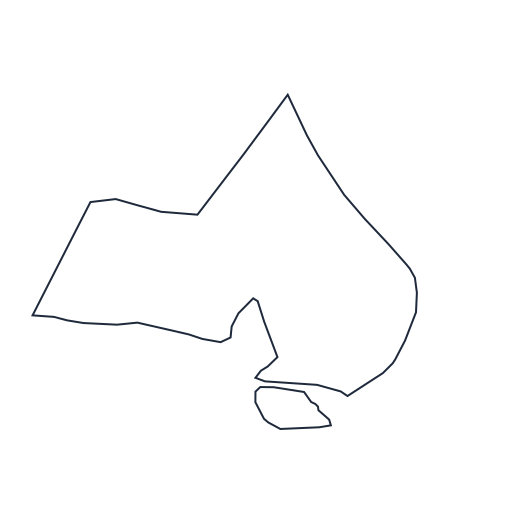 an SVG outline of Kuwait, rotated 118°
{"feature_id": "KWT", "entity_name": "Kuwait", "entity_type": "country or territory", "adm_level": 0, "iso_a3": "KWT", "parent_name": "Asia", "parent_adm1": "", "projection": "equal_earth", "projection_center": [47.815, 29.315], "detail": "fine", "context": "isolated", "style": "outline", "palette": "slate", "viewbox_px": 512, "rotation_deg": 118, "n_neighbors": 0, "source": "natural_earth", "source_scale": "50m", "svg_char_len": 964}
<svg xmlns="http://www.w3.org/2000/svg" viewBox="0 0 512 512"><g transform="rotate(118 256 256)"><path d="M413.3,425.4L384.7,425.9L348.5,426.5L319.2,427.0L286.1,427.5L271.6,406.6L266.7,383.8L261.5,360.5L247.0,327.1L198.6,319.1L172.8,314.8L130.5,308.4L98.7,303.7L125.5,267.8L138.0,248.6L160.6,206.9L172.2,177.3L183.4,144.4L193.0,118.9L195.0,114.2L200.6,105.5L212.9,96.7L230.6,88.3L260.7,84.7L281.8,84.5L286.5,84.9L299.8,89.0L336.7,109.5L335.8,117.6L341.1,141.6L352.9,167.9L362.5,189.3L363.8,199.3L354.9,197.8L348.1,193.8L335.2,189.6L310.2,217.9L295.1,233.3L294.7,238.6L314.8,244.6L329.6,244.4L339.9,240.2L348.7,246.8L354.4,264.4L356.8,278.6L370.5,329.4L381.9,346.5L396.2,376.9L401.5,392.6L404.6,405.8L413.3,425.4ZM385.4,187.9L376.0,192.8L369.7,190.7L363.6,178.9L353.5,149.7L359.0,138.8L358.8,134.1L359.9,130.6L362.9,128.4L366.1,114.6L370.4,110.4L377.5,119.7L397.3,153.3L397.2,167.0L396.0,172.5L385.4,187.9Z" fill="none" stroke="#1e293b" stroke-width="2"/></g></svg>